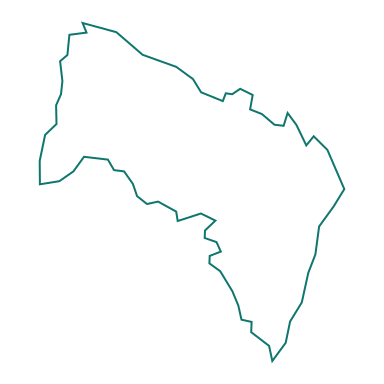 Denau, Surkhandarya, Uzbekistan (Mercator projection)
{"feature_id": "79887680B8984486268693", "entity_name": "Denau", "entity_type": "district", "adm_level": 2, "iso_a3": "UZB", "parent_name": "Uzbekistan", "parent_adm1": "Surkhandarya", "projection": "mercator", "projection_center": [67.808, 38.294], "detail": "fine", "context": "isolated", "style": "outline", "palette": "teal", "viewbox_px": 384, "rotation_deg": 0, "n_neighbors": 0, "source": "geoboundaries", "source_scale": "gbopen_adm2", "svg_char_len": 910}
<svg xmlns="http://www.w3.org/2000/svg" viewBox="0 0 384 384"><path d="M60.1,61.2L62.4,81.1L61.0,94.2L56.1,105.3L56.5,124.0L45.1,134.9L39.7,160.9L39.9,184.3L59.3,181.2L73.4,171.4L84.0,156.8L107.9,159.6L114.0,170.1L124.1,171.4L132.9,183.9L137.1,196.2L147.0,204.0L158.1,201.6L176.2,211.6L177.7,221.0L200.9,213.5L215.4,220.6L205.0,230.5L204.7,238.0L216.5,242.1L220.8,251.6L209.7,255.9L209.4,263.4L220.2,271.2L232.4,291.3L238.3,305.5L241.5,319.7L251.6,321.9L251.2,332.2L269.1,345.9L272.3,361.0L285.7,342.8L290.1,321.5L301.8,302.4L308.3,272.8L315.4,254.4L319.1,226.5L333.6,206.5L344.3,189.1L327.4,149.9L313.7,136.3L306.3,145.4L296.4,124.9L287.6,113.0L283.6,125.8L274.4,124.7L262.0,114.1L250.1,109.4L252.7,95.0L240.2,88.8L232.2,94.2L225.8,93.3L222.8,101.1L201.1,92.3L193.0,79.1L176.3,66.9L142.6,54.8L116.4,32.2L82.6,23.0L86.5,32.6L69.4,34.8L67.4,55.0L60.1,61.2Z" fill="none" stroke="#0f766e" stroke-width="2"/></svg>